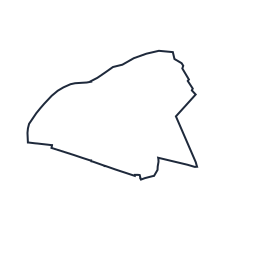 outline of Banjul South, Gambia, rotated 228°
{"feature_id": "56634734B29168541437208", "entity_name": "Banjul South", "entity_type": "district", "adm_level": 2, "iso_a3": "GMB", "parent_name": "Gambia", "parent_adm1": "", "projection": "orthographic", "projection_center": [-16.577, 13.449], "detail": "fine", "context": "isolated", "style": "outline", "palette": "slate", "viewbox_px": 256, "rotation_deg": 228, "n_neighbors": 0, "source": "geoboundaries", "source_scale": "gbopen_adm2", "svg_char_len": 1237}
<svg xmlns="http://www.w3.org/2000/svg" viewBox="0 0 256 256"><g transform="rotate(228 128 128)"><path d="M75.0,115.3L75.1,115.6L75.9,118.2L77.1,121.9L79.5,124.3L82.5,128.1L84.7,129.9L85.7,130.5L60.9,147.6L54.4,151.6L53.0,153.4L54.5,154.1L57.3,155.5L104.6,171.4L104.6,171.6L107.6,200.7L113.2,200.6L114.0,202.5L123.0,203.9L123.3,205.7L135.9,208.2L137.3,210.7L140.3,211.2L148.2,208.7L154.4,212.1L163.5,203.7L164.7,202.6L170.9,191.4L176.0,179.0L178.8,166.2L183.4,157.6L184.5,148.3L185.8,138.7L187.7,131.5L187.2,131.4L189.4,127.8L191.8,124.8L196.7,118.6L199.0,114.6L201.4,107.2L202.7,100.7L203.0,92.8L202.1,82.0L201.4,76.4L200.4,69.9L197.3,57.3L194.7,53.4L191.6,50.0L187.1,46.3L184.2,43.9L183.5,44.6L178.8,48.7L177.2,50.2L166.6,59.6L166.1,60.1L165.9,59.9L165.8,59.7L164.7,58.2L164.4,57.8L144.5,69.5L136.5,74.0L133.9,75.5L131.5,76.9L129.4,78.1L128.9,78.6L128.6,78.9L128.3,78.6L127.9,78.4L126.5,79.4L116.0,85.1L115.2,85.6L115.1,85.4L114.5,86.0L110.7,88.1L106.1,90.6L99.8,94.2L97.2,95.7L87.9,101.0L88.6,101.7L87.9,102.5L87.4,103.1L86.9,103.6L86.6,104.0L86.0,104.5L85.2,105.2L84.6,104.9L83.7,104.4L83.0,104.0L82.5,103.8L82.5,103.5L81.0,103.1L80.4,104.6L79.5,106.9L75.8,114.0L75.0,115.3Z" fill="none" stroke="#1e293b" stroke-width="2"/></g></svg>